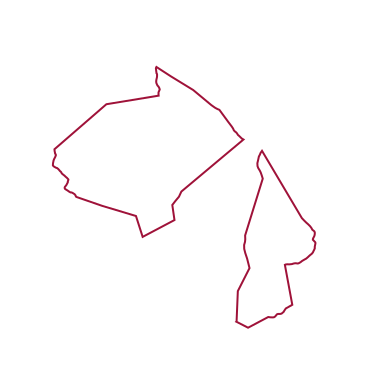 the district of Santa Ana, Francisco Morazán, Honduras, rotated 28°
{"feature_id": "27666195B74591275827965", "entity_name": "Santa Ana", "entity_type": "district", "adm_level": 2, "iso_a3": "HND", "parent_name": "Honduras", "parent_adm1": "Francisco Morazán", "projection": "orthographic", "projection_center": [-87.221, 13.924], "detail": "fine", "context": "isolated", "style": "outline", "palette": "rose", "viewbox_px": 384, "rotation_deg": 28, "n_neighbors": 0, "source": "geoboundaries", "source_scale": "gbopen_adm2", "svg_char_len": 5267}
<svg xmlns="http://www.w3.org/2000/svg" viewBox="0 0 384 384"><g transform="rotate(28 192 192)"><path d="M101.9,98.3L101.9,98.6L101.9,98.8L101.9,99.1L102.0,99.3L102.0,99.5L102.2,99.9L102.2,100.0L102.5,100.4L103.0,101.1L104.1,102.7L104.6,103.3L104.8,103.7L104.9,103.8L105.0,103.9L105.3,104.0L105.5,104.1L105.7,104.3L105.9,104.6L106.1,104.8L106.3,105.2L106.4,105.5L106.6,105.8L106.8,106.3L107.0,106.6L107.1,107.0L107.3,107.5L107.5,108.3L107.7,109.1L107.9,109.8L108.2,110.5L108.4,111.1L108.6,111.3L108.8,111.7L108.9,111.8L109.0,112.0L109.2,112.3L109.4,112.5L109.6,112.7L109.9,112.9L110.1,113.1L110.6,113.5L110.8,113.7L111.2,113.9L111.4,114.1L111.6,114.2L111.8,114.3L112.1,114.4L112.5,114.5L112.8,114.6L113.1,114.8L113.3,114.9L113.4,115.0L114.0,115.3L114.3,115.6L114.5,115.8L114.7,116.0L114.9,116.1L115.2,116.4L115.2,116.5L115.3,116.6L115.4,116.8L115.4,117.0L115.5,117.8L115.6,118.9L115.6,119.3L115.7,119.8L115.8,120.0L115.9,120.3L116.0,120.5L116.2,120.8L116.4,121.0L116.5,121.2L116.7,121.8L116.8,121.9L116.9,122.0L117.1,122.3L117.3,122.6L75.2,154.7L50.5,218.8L50.8,219.3L51.0,219.6L51.2,219.9L51.3,220.1L52.1,221.1L52.5,221.5L52.7,221.9L53.1,222.3L53.3,222.4L53.4,222.5L53.5,222.6L53.9,222.7L54.0,222.8L54.2,223.0L54.3,223.1L54.5,223.4L54.5,223.6L54.6,223.8L54.6,224.1L54.7,224.3L54.7,224.7L54.8,225.5L54.8,226.1L54.8,226.7L54.8,227.0L54.8,227.8L54.8,228.1L54.9,228.3L54.9,228.5L55.0,229.1L55.0,229.3L55.2,229.9L55.3,230.2L55.5,230.9L55.7,231.6L55.9,232.1L56.1,232.6L56.2,232.8L56.5,233.4L56.6,233.6L56.7,233.8L56.8,233.8L57.0,234.0L57.3,234.1L57.7,234.2L58.1,234.3L58.7,234.4L59.2,234.4L59.6,234.4L60.4,234.4L60.7,234.4L61.2,234.3L61.5,234.2L61.8,234.3L62.1,234.3L62.5,234.4L62.8,234.4L63.1,234.5L63.7,234.7L64.2,234.9L64.7,235.1L65.0,235.2L65.3,235.4L65.7,235.5L65.9,235.6L66.1,235.6L66.3,235.6L66.5,235.7L66.9,235.8L67.1,235.9L67.3,236.0L67.7,236.3L67.8,236.4L67.9,236.5L68.1,236.6L68.4,236.7L68.7,236.8L69.2,237.0L69.5,237.0L69.9,237.1L70.6,237.2L71.1,237.3L71.5,237.4L71.8,237.4L72.1,237.5L72.3,237.6L72.7,237.7L73.0,237.8L73.9,238.0L74.4,238.1L75.2,238.3L75.9,238.6L76.3,238.7L76.5,238.8L76.8,238.9L76.8,239.0L77.0,239.2L77.1,239.3L77.2,239.7L77.3,240.1L77.3,240.5L77.4,240.9L77.5,241.1L77.5,241.3L77.6,241.5L77.8,241.8L77.8,242.0L77.8,242.5L77.8,243.2L77.8,244.2L77.8,244.9L77.6,246.1L77.4,246.9L77.4,247.3L77.4,247.5L77.5,247.8L77.6,248.1L77.8,248.4L78.0,248.5L78.3,248.8L78.5,248.8L79.3,249.0L79.9,249.0L81.0,249.1L81.4,249.1L82.1,249.2L83.1,249.3L83.5,249.4L84.2,249.4L84.6,249.4L84.9,249.4L85.0,249.4L85.3,249.2L85.5,249.1L85.8,249.0L86.0,248.9L86.4,248.9L86.6,248.9L87.3,248.9L87.6,248.9L88.5,249.0L89.0,249.0L89.5,249.1L90.1,249.4L90.8,249.7L90.9,249.8L91.0,249.9L91.1,250.0L91.3,250.2L91.4,250.3L91.5,250.3L91.7,250.5L91.9,250.6L92.0,250.6L92.3,250.6L92.5,250.6L119.2,246.4L153.8,239.5L169.2,254.5L169.5,254.8L189.7,225.0L180.7,212.7L181.5,208.0L182.1,205.1L182.7,202.3L182.4,196.6L212.8,121.5L210.8,121.4L209.1,120.9L207.4,120.4L205.7,120.0L204.2,119.1L202.9,118.6L201.5,118.4L200.0,117.9L198.5,116.7L196.3,115.5L191.3,113.2L177.6,106.6L175.5,106.8L173.0,106.8L170.6,106.5L168.3,106.2L164.9,105.5L145.2,101.4L119.1,99.8L101.9,98.3ZM234.5,122.8L234.2,125.4L234.4,127.1L234.4,129.3L235.2,132.1L236.2,135.9L237.7,138.4L239.3,139.8L241.7,141.2L243.5,142.5L246.0,144.8L248.2,147.0L259.3,205.4L261.2,208.7L262.2,211.1L262.9,214.3L264.8,217.7L267.7,220.9L271.9,224.9L275.9,229.3L278.5,232.2L279.0,258.0L292.1,285.3L292.0,285.7L305.2,285.5L318.0,266.6L319.9,265.9L321.8,265.0L323.1,264.2L323.9,262.8L324.2,261.2L324.5,260.0L325.2,259.3L326.5,258.6L327.6,257.9L328.3,257.1L328.7,256.0L329.2,254.8L329.2,253.5L329.5,250.8L333.5,244.5L308.2,212.7L308.5,212.3L308.8,212.0L309.0,211.8L309.3,211.6L310.2,211.0L310.7,210.8L311.4,210.4L311.9,210.2L312.5,209.8L312.9,209.5L313.1,209.4L313.4,209.2L314.1,208.7L314.3,208.5L314.4,208.4L314.6,208.2L315.0,207.7L315.3,207.5L315.5,207.3L315.7,207.1L316.1,206.8L316.4,206.6L316.7,206.4L317.0,206.2L317.3,206.1L317.6,206.0L317.8,205.9L318.1,205.8L318.4,205.7L318.6,205.6L318.9,205.5L319.1,205.3L319.3,205.2L319.5,205.0L319.6,204.9L319.7,204.7L319.8,204.6L320.2,204.0L320.4,203.6L320.7,203.2L320.9,202.8L321.1,202.3L321.3,201.8L321.4,201.6L321.5,201.4L321.7,201.0L322.5,199.7L322.8,199.2L323.2,198.6L323.5,198.1L323.6,197.9L323.9,197.6L324.0,197.3L324.2,196.9L324.3,196.7L324.8,195.4L325.1,194.6L325.5,193.3L325.8,192.7L325.9,192.2L326.2,191.6L326.4,191.2L326.6,190.6L326.8,190.2L326.9,189.9L326.9,189.6L327.0,189.2L327.0,188.9L327.1,188.7L327.1,188.2L327.0,186.9L327.0,186.1L327.0,185.4L326.9,184.6L326.9,184.3L326.8,184.2L326.7,183.8L326.6,183.7L326.5,183.4L326.4,183.3L326.2,183.0L326.1,182.7L325.4,180.4L325.1,179.4L324.9,179.1L324.8,178.9L324.7,178.8L324.6,178.7L324.4,178.5L324.1,178.4L323.4,178.2L322.9,178.0L321.8,177.6L321.5,177.5L321.3,177.4L321.2,177.4L321.1,177.2L320.9,177.0L320.9,176.8L320.8,176.6L320.8,176.3L320.7,176.1L320.7,175.9L320.7,175.6L320.7,175.0L320.7,174.7L320.7,174.1L320.7,173.8L320.6,173.1L320.5,172.6L320.4,172.4L320.4,172.2L320.2,171.7L319.9,171.0L319.7,170.6L319.6,170.4L319.4,170.1L319.2,169.9L318.9,169.6L318.6,169.5L318.4,169.3L318.1,169.2L315.9,168.8L314.5,167.8L312.4,166.8L309.8,166.0L307.3,165.4L304.3,164.5L301.3,163.5L234.5,122.8Z" fill="none" stroke="#9f1239" stroke-width="2"/></g></svg>